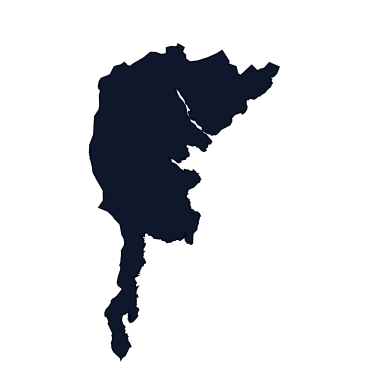 Kvam nor, Hordaland, Norway (orthographic projection), rotated 347°
{"feature_id": "86288312B50170416612347", "entity_name": "Kvam nor", "entity_type": "district", "adm_level": 2, "iso_a3": "NOR", "parent_name": "Norway", "parent_adm1": "Hordaland", "projection": "orthographic", "projection_center": [6.141, 60.317], "detail": "fine", "context": "isolated", "style": "filled", "palette": "ink", "viewbox_px": 384, "rotation_deg": 347, "n_neighbors": 0, "source": "geoboundaries", "source_scale": "gbopen_adm2", "svg_char_len": 6040}
<svg xmlns="http://www.w3.org/2000/svg" viewBox="0 0 384 384"><g transform="rotate(347 192 192)"><path d="M126.7,63.3L124.6,68.1L124.6,70.3L125.8,71.7L125.6,73.3L123.7,76.8L121.7,87.1L120.0,91.0L114.3,96.4L109.3,113.9L103.2,123.1L101.0,130.8L100.8,134.2L101.2,135.6L100.3,136.5L101.1,138.0L100.7,138.4L100.8,145.7L100.2,149.9L100.8,153.4L101.8,155.3L101.6,156.2L106.0,170.5L104.0,180.4L97.8,186.0L105.7,191.5L109.6,197.4L110.6,200.0L114.8,207.3L114.3,217.7L115.5,222.0L115.2,226.3L114.3,228.8L110.2,233.4L109.3,237.7L106.9,244.9L105.4,247.1L105.9,249.2L105.4,251.4L101.5,257.8L98.9,263.5L99.2,266.3L102.3,270.1L101.8,271.8L95.5,276.8L92.6,278.3L91.1,278.4L88.8,280.1L89.0,281.0L88.5,281.9L85.8,284.8L82.0,287.4L80.0,290.4L79.6,293.4L80.9,293.0L81.6,296.9L82.6,297.3L82.3,298.4L81.7,298.7L82.0,300.3L80.9,301.1L83.2,312.1L81.9,313.7L82.1,314.7L81.7,317.7L79.6,321.1L79.6,323.5L79.1,325.1L79.4,328.1L80.1,330.2L85.1,337.7L85.0,339.3L86.7,337.5L89.9,336.3L95.8,329.0L97.6,328.8L97.0,325.6L95.9,322.9L96.1,320.4L95.6,318.6L96.8,318.3L96.5,318.0L96.7,317.6L96.2,316.3L96.4,315.9L95.7,315.9L95.9,317.1L95.1,315.4L94.1,316.2L93.3,315.7L95.5,311.8L94.7,310.5L94.9,309.6L96.0,309.0L96.0,307.8L94.7,306.0L94.2,301.8L95.0,298.7L96.2,296.6L97.6,295.6L99.2,295.9L102.6,294.0L103.1,294.2L102.9,294.9L103.8,295.0L102.3,297.7L102.7,298.0L102.4,298.9L103.0,298.8L102.2,299.8L103.8,299.5L101.7,301.6L102.6,301.9L102.1,302.5L102.8,302.5L102.6,302.8L103.4,302.5L102.3,303.7L102.7,304.1L102.4,304.5L103.1,304.6L102.7,305.0L103.0,305.2L105.1,304.8L110.3,301.3L111.2,299.9L110.7,298.0L113.5,294.6L113.1,293.3L111.8,292.3L111.3,291.0L111.5,289.8L112.3,289.2L112.1,288.7L113.1,285.4L113.5,282.1L114.6,281.9L114.9,281.0L115.4,281.5L115.4,280.2L114.4,280.0L114.2,279.2L114.9,276.0L116.0,274.6L115.8,274.0L117.8,272.1L116.1,272.3L115.5,271.4L115.8,269.6L117.3,267.9L116.5,266.2L115.9,262.5L120.5,261.2L119.3,260.5L120.6,259.9L119.8,259.9L120.9,259.3L120.8,258.7L121.4,258.5L121.3,258.1L121.5,257.7L121.5,258.9L122.0,259.2L121.7,257.9L122.9,257.4L123.1,256.5L123.8,256.1L123.8,255.3L125.0,254.6L125.7,252.9L127.5,252.8L128.6,250.9L130.6,250.4L130.7,249.4L130.3,248.9L130.2,246.6L129.3,245.8L129.0,244.5L130.2,242.3L130.4,240.1L131.7,239.3L130.3,238.9L131.0,237.6L130.7,237.6L130.9,236.9L132.2,235.2L131.8,235.2L132.9,234.8L134.8,232.1L133.5,231.1L133.6,229.1L134.0,228.6L133.4,228.1L134.4,226.8L133.6,226.5L132.2,224.1L130.5,222.5L132.3,223.8L133.1,225.2L133.4,225.3L133.5,224.4L134.3,223.7L135.5,224.3L136.0,222.2L136.6,221.7L139.3,221.0L139.7,221.5L139.4,222.0L140.3,223.2L140.4,224.3L142.5,224.7L144.3,227.3L144.5,228.3L149.8,230.3L151.2,230.0L152.2,232.1L155.5,233.8L156.1,235.5L160.4,235.8L162.5,234.9L165.2,235.1L165.9,234.4L168.4,235.2L169.1,235.7L169.1,236.2L170.0,236.2L173.3,234.7L174.7,233.5L175.5,231.5L176.1,231.1L176.3,231.3L176.0,232.1L176.6,231.4L177.0,232.6L175.0,235.1L174.8,238.2L176.0,239.3L175.8,240.6L177.8,241.0L178.6,242.3L179.9,242.7L181.0,241.8L181.2,240.7L180.9,240.4L181.9,238.8L181.8,237.9L183.6,232.5L188.1,229.5L189.4,226.0L190.9,224.1L191.3,222.5L190.9,221.8L192.2,220.8L193.7,217.4L194.4,217.4L194.6,216.5L194.2,216.3L194.2,214.8L193.2,214.2L193.1,213.3L192.4,212.6L189.9,212.1L189.0,213.4L188.8,213.0L187.1,214.0L189.0,211.7L189.4,210.2L186.7,208.5L187.1,206.3L186.4,205.3L186.9,204.4L186.8,203.6L185.9,203.0L187.7,202.0L186.6,199.6L187.3,199.1L185.9,197.2L185.7,197.5L185.3,196.8L185.5,196.0L184.9,197.0L184.5,196.6L186.3,192.9L187.0,192.7L186.7,192.5L187.0,191.5L188.5,189.0L190.0,188.2L194.6,187.5L199.7,184.1L201.4,183.9L202.1,182.2L203.2,181.6L202.7,180.9L202.9,179.7L200.9,175.7L201.4,175.5L200.7,175.3L199.2,172.3L198.4,172.3L198.9,171.9L198.4,171.3L198.3,171.9L195.6,172.0L193.2,170.3L193.0,169.7L191.6,170.1L190.8,169.7L191.1,169.1L189.8,168.5L189.6,168.8L190.1,170.2L189.2,170.5L187.9,169.6L187.3,168.4L186.3,168.2L182.5,161.7L178.6,158.7L178.2,157.6L178.5,156.9L178.3,155.6L177.9,155.0L177.9,154.0L177.3,153.7L178.2,153.3L179.6,154.0L179.9,155.0L180.9,155.0L182.3,156.5L184.9,160.0L186.5,160.5L188.0,159.9L187.8,158.9L188.6,158.2L192.6,158.5L193.2,158.3L193.0,157.5L193.3,157.0L197.3,156.0L197.6,153.2L197.0,152.3L196.9,150.9L197.5,148.7L196.5,148.2L196.1,147.0L195.4,146.9L195.3,146.1L196.4,145.9L197.0,144.5L197.7,144.0L203.0,147.2L206.2,147.0L207.1,149.3L208.5,149.4L211.2,154.1L213.2,155.1L214.9,154.6L214.3,152.5L216.8,151.7L218.3,148.6L220.9,149.1L222.4,147.1L218.1,138.8L216.3,138.0L214.9,134.7L210.6,130.5L210.1,128.1L208.1,125.3L206.9,124.8L205.7,122.2L206.1,121.1L206.0,120.2L205.3,119.0L205.4,117.5L204.8,117.1L204.2,114.8L204.9,110.9L204.6,106.2L202.9,101.6L200.3,97.0L200.0,94.6L199.5,93.7L199.3,90.1L198.9,88.4L201.2,87.7L201.6,90.0L202.3,90.6L203.1,92.9L203.1,94.2L204.9,97.7L205.3,99.2L205.9,99.8L206.1,104.4L207.8,106.6L207.7,108.3L209.5,111.8L208.6,113.5L207.1,112.9L206.4,113.8L206.3,114.8L207.0,116.0L207.1,118.8L207.5,120.2L209.4,122.0L209.5,121.4L210.1,121.4L211.8,123.9L213.2,127.5L216.5,130.7L216.8,131.6L216.4,132.2L216.3,133.8L216.9,135.0L219.9,137.8L223.6,140.0L223.9,140.9L226.0,140.7L227.1,141.3L229.4,140.9L234.6,137.3L244.0,135.0L246.5,132.0L247.0,128.8L251.1,126.0L257.4,125.2L258.1,126.1L258.8,125.9L259.0,127.2L261.6,125.8L263.7,123.6L264.7,121.1L264.2,118.4L264.9,116.7L264.6,116.0L265.8,114.1L267.5,114.6L269.5,113.5L273.6,115.4L277.0,114.0L277.3,113.6L276.8,113.8L277.3,113.2L280.1,113.5L281.3,112.4L285.0,111.4L288.3,108.8L292.4,106.7L292.6,105.6L294.7,103.8L293.6,101.8L294.9,100.0L293.4,97.5L295.0,97.3L296.5,97.9L298.1,97.4L301.0,95.4L304.9,89.8L296.4,83.5L290.3,87.9L286.3,87.9L282.9,88.9L278.7,82.0L265.8,89.5L263.0,87.3L263.0,79.7L256.3,75.6L257.3,72.8L253.1,61.0L247.0,63.1L237.6,64.9L226.9,65.8L219.1,64.9L215.8,61.0L215.8,59.4L216.4,57.0L214.8,54.8L214.1,52.9L216.7,49.4L211.7,44.7L209.9,47.3L203.7,45.6L199.5,45.9L199.2,48.2L198.3,51.0L197.2,51.7L192.9,51.2L188.0,48.1L183.0,46.7L174.9,50.7L163.7,54.1L160.8,55.6L158.1,55.2L157.0,54.0L155.3,50.7L151.4,52.3L145.3,52.4L144.3,52.8L138.7,59.5L129.3,60.9L126.7,63.3Z" fill="#0f172a" stroke="#020617" stroke-width="1.5"/></g></svg>